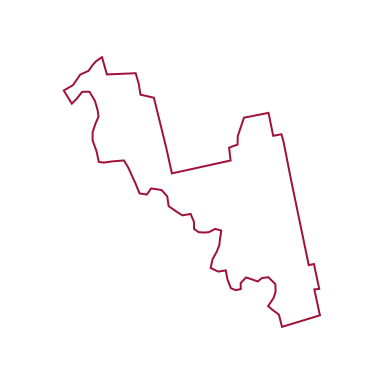 Travesseiro, Rio Grande do Sul, Brazil, rotated 348°
{"feature_id": "56859067B26853179504026", "entity_name": "Travesseiro", "entity_type": "district", "adm_level": 2, "iso_a3": "BRA", "parent_name": "Brazil", "parent_adm1": "Rio Grande do Sul", "projection": "equal_earth", "projection_center": [-52.102, -29.282], "detail": "fine", "context": "isolated", "style": "outline", "palette": "rose", "viewbox_px": 384, "rotation_deg": 348, "n_neighbors": 0, "source": "geoboundaries", "source_scale": "gbopen_adm2", "svg_char_len": 1211}
<svg xmlns="http://www.w3.org/2000/svg" viewBox="0 0 384 384"><g transform="rotate(348 192 192)"><path d="M296.3,287.8L291.0,287.8L291.4,198.7L292.0,162.4L291.5,154.1L283.1,153.9L283.3,130.5L258.3,130.1L253.4,138.4L248.4,146.8L246.4,155.1L237.5,156.3L236.3,169.2L208.8,169.4L176.2,169.6L176.0,143.5L174.3,91.8L161.8,86.1L162.4,75.3L161.6,64.1L133.2,59.3L132.0,41.4L125.6,44.0L121.2,47.1L116.0,52.0L107.1,53.9L98.0,62.6L87.7,66.1L92.8,80.6L98.5,76.9L105.4,71.2L112.6,72.6L116.0,82.8L116.7,92.2L116.2,98.9L112.1,104.6L107.3,112.6L105.5,120.7L107.1,132.5L107.1,143.2L111.9,144.9L120.5,145.5L132.0,147.0L134.6,154.5L138.4,171.4L140.4,182.5L147.3,185.1L152.8,180.0L162.6,183.7L166.9,191.2L166.2,201.0L172.2,207.4L177.7,212.8L186.1,213.2L187.7,221.7L186.3,228.5L190.2,232.7L195.6,234.2L200.1,234.8L207.0,232.9L212.6,235.8L209.7,243.5L207.6,249.8L203.5,255.9L198.2,261.9L194.4,270.2L201.1,275.3L208.7,275.7L208.5,284.9L210.0,294.1L214.3,297.1L219.5,297.1L220.7,291.2L227.1,286.8L232.6,290.0L237.7,293.2L242.5,290.7L248.9,291.2L254.4,299.3L253.0,306.9L249.9,312.4L242.7,319.5L245.9,323.6L251.5,330.1L252.0,342.6L291.5,339.2L291.4,312.7L296.3,313.2L296.3,287.8Z" fill="none" stroke="#9f1239" stroke-width="2"/></g></svg>